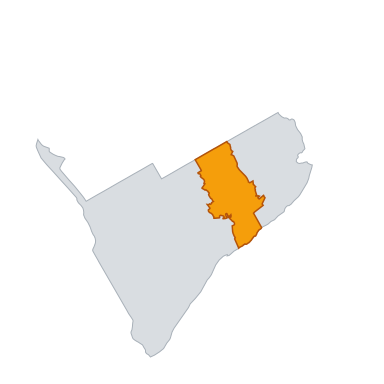 Hardap highlighted on a map of Namibia, rotated 240°
{"feature_id": "NAM-3339", "entity_name": "Hardap", "entity_type": "Region", "adm_level": 1, "iso_a3": "NAM", "parent_name": "Namibia", "parent_adm1": "", "projection": "robinson", "projection_center": [17.113, -24.521], "detail": "fine", "context": "in_parent", "style": "filled", "palette": "amber", "viewbox_px": 384, "rotation_deg": 240, "n_neighbors": 0, "source": "natural_earth", "source_scale": "10m", "svg_char_len": 7127}
<svg xmlns="http://www.w3.org/2000/svg" viewBox="0 0 384 384"><g transform="rotate(240 192 192)"><path d="M280.5,81.6L284.4,80.7L288.1,79.9L292.4,79.1L295.9,78.5L296.7,78.3L305.0,79.1L308.6,79.6L309.9,80.1L311.5,81.5L314.5,84.8L313.7,84.7L308.2,85.4L306.0,86.3L301.3,90.2L300.3,89.7L299.1,88.9L298.2,88.6L296.1,89.6L294.0,90.7L291.7,92.3L289.8,93.8L289.2,94.7L286.2,97.9L285.2,98.4L284.3,98.6L284.0,98.5L283.6,97.1L281.9,93.9L279.0,89.6L278.1,89.2L277.6,89.1L275.4,89.3L269.1,90.5L263.8,91.5L255.7,93.2L247.0,94.6L241.6,95.4L236.9,95.7L236.9,99.9L236.9,108.4L236.8,116.8L236.8,125.3L236.8,133.8L236.7,142.3L236.7,150.8L236.6,159.2L236.6,167.7L236.6,171.4L236.4,172.2L233.7,172.2L227.7,172.2L222.7,172.2L218.6,172.2L218.5,177.2L218.5,183.2L218.5,189.1L218.5,195.1L218.5,201.1L218.4,207.0L218.4,213.0L218.4,218.9L218.4,224.9L218.3,229.4L218.3,229.9L218.3,238.6L218.2,247.9L218.2,257.1L218.1,266.3L218.1,275.6L218.0,284.8L217.9,294.1L217.9,303.3L217.8,306.3L216.0,306.2L212.4,307.3L210.0,308.8L209.0,310.6L207.7,311.7L206.0,312.1L205.3,313.0L205.5,314.5L204.8,315.6L203.3,316.4L200.9,316.2L197.6,314.9L193.4,314.6L188.3,315.3L184.6,315.0L182.4,313.7L180.0,313.0L177.5,312.8L176.0,312.3L173.0,311.4L172.5,309.8L172.1,308.6L171.3,307.3L171.2,306.3L171.8,305.5L171.9,304.2L171.5,302.5L170.6,301.6L169.5,301.7L168.7,301.0L168.4,299.6L167.8,298.6L166.1,297.5L163.9,298.3L162.9,299.5L162.3,301.4L161.7,302.4L161.5,304.0L161.3,305.1L160.8,306.3L160.2,306.8L159.6,306.5L158.5,307.0L156.0,308.8L155.3,309.7L153.3,308.0L147.5,301.7L145.5,300.0L142.4,296.2L135.7,284.1L134.7,281.8L133.4,276.0L131.9,271.7L131.7,269.2L132.4,267.8L132.0,265.9L131.2,264.2L128.9,261.9L128.2,254.4L126.7,249.6L127.0,245.6L126.2,242.0L126.2,239.7L126.5,235.2L125.2,230.1L122.7,225.1L120.4,217.9L120.1,214.8L120.3,206.3L119.8,202.9L119.8,198.8L118.9,194.6L118.5,192.3L119.1,190.5L119.5,191.1L120.2,191.3L120.6,188.9L120.7,186.8L119.5,181.5L117.0,176.1L110.7,167.4L109.1,164.0L108.2,161.2L101.2,149.7L98.1,141.5L96.0,134.5L93.7,131.2L83.0,108.3L80.7,104.7L76.4,100.3L75.4,98.9L73.8,94.7L70.6,89.1L69.8,83.9L69.5,78.0L69.9,73.5L72.8,73.0L74.8,71.8L76.6,71.7L78.4,72.7L80.3,72.7L81.0,72.6L84.4,72.7L86.4,71.6L88.7,70.5L90.1,69.6L91.9,68.6L94.4,67.6L95.8,67.7L97.6,68.1L99.9,68.5L101.2,69.1L102.8,71.2L105.2,73.1L107.0,74.3L109.0,75.8L109.6,76.4L110.5,76.7L111.1,76.8L114.8,76.6L118.3,76.3L121.9,76.4L128.9,76.4L135.8,76.4L142.7,76.4L149.6,76.4L156.6,76.4L163.5,76.4L170.4,76.4L177.4,76.4L180.2,76.5L185.1,76.5L190.3,76.6L190.9,76.7L191.5,77.1L192.0,77.5L193.8,80.1L196.2,82.9L198.1,84.2L200.4,85.0L202.6,85.3L204.7,85.1L208.1,85.4L212.8,86.3L217.7,86.6L222.9,86.2L226.4,86.7L228.5,88.1L230.6,89.0L232.8,89.5L235.8,89.2L239.5,88.2L242.6,88.3L244.1,89.1L245.0,89.1L250.4,88.0L254.8,87.1L261.4,85.7L266.8,84.5L274.9,82.8L280.5,81.6Z" fill="#d9dde1" stroke="#a8b0b8" stroke-width="1"/><path d="M218.4,229.4L218.4,229.6L218.4,230.8L218.4,232.0L218.4,233.1L218.3,234.3L218.3,235.5L218.3,236.6L218.3,237.8L218.3,239.0L218.3,240.1L218.3,241.3L218.3,242.5L218.3,243.6L218.3,244.8L218.3,246.0L218.3,247.1L218.3,247.4L217.4,247.5L217.2,247.3L216.8,247.3L216.6,247.4L214.6,248.4L214.2,248.6L213.2,248.2L211.5,247.8L211.2,247.7L210.5,247.2L210.1,247.1L209.1,246.9L208.3,246.9L207.8,247.0L207.6,247.1L207.1,247.5L206.9,247.6L206.7,247.6L206.6,247.4L205.0,244.9L204.9,244.8L204.7,244.6L204.4,244.9L204.0,245.3L202.4,246.2L202.1,246.2L194.4,245.5L193.0,244.8L192.6,244.4L191.4,243.8L187.4,244.1L178.8,246.3L176.4,246.5L173.0,246.2L172.8,246.1L172.6,246.0L172.5,245.9L172.3,246.0L172.0,246.2L171.5,246.4L171.1,246.7L171.1,250.3L168.1,249.0L167.8,248.9L166.9,249.3L166.4,249.3L165.0,249.7L164.7,249.8L164.6,249.6L164.5,249.4L164.5,249.1L164.4,248.9L164.3,248.7L163.8,248.4L163.0,248.1L162.2,248.0L161.8,247.6L161.4,247.5L161.3,247.4L158.2,246.7L157.9,246.7L157.6,246.7L157.3,246.4L156.9,245.6L156.8,245.4L156.6,245.3L156.4,245.7L155.7,247.3L155.4,247.7L154.7,248.3L154.4,247.3L154.4,247.1L154.5,246.9L154.5,246.7L154.4,246.6L154.3,246.4L154.1,246.3L153.9,246.2L153.6,246.2L152.7,246.5L152.4,246.7L152.4,246.9L152.4,247.1L153.4,252.3L153.2,252.4L152.2,252.1L151.7,252.1L151.4,252.2L151.1,252.3L150.9,252.4L150.7,252.4L150.4,252.2L146.8,247.0L146.6,246.8L146.4,246.7L146.2,246.7L145.3,246.9L145.1,247.0L144.9,247.0L144.9,246.8L144.8,246.6L143.4,236.3L142.9,234.7L126.4,234.5L125.9,233.7L125.7,232.9L125.7,231.2L125.4,230.4L124.4,228.4L124.0,227.7L123.1,226.8L122.8,226.2L122.2,225.4L122.1,224.9L122.2,224.7L122.4,224.4L122.5,224.3L122.5,223.4L122.4,223.0L122.0,222.2L121.6,221.2L120.6,219.2L120.2,217.7L119.9,217.1L119.8,216.1L119.6,215.8L119.7,215.4L119.7,214.7L119.6,214.0L119.5,213.5L119.6,213.2L119.7,212.7L119.9,212.4L120.0,212.3L120.3,212.2L120.6,211.5L120.4,211.3L120.5,210.1L120.1,209.1L120.1,208.7L120.3,205.7L120.2,205.0L120.0,204.4L130.1,205.5L130.6,206.2L130.7,206.4L130.8,206.4L130.8,206.5L131.0,206.5L131.6,206.6L132.9,206.5L134.7,206.8L135.1,206.8L135.3,206.8L137.4,207.4L142.6,209.9L142.4,211.5L142.5,212.0L142.7,212.6L143.8,213.2L144.3,213.2L145.6,213.2L145.8,213.1L146.0,212.8L146.1,212.6L146.2,212.4L146.4,212.3L147.3,212.3L149.6,211.5L150.3,211.6L150.5,211.6L151.7,210.8L151.9,210.8L151.8,211.0L151.6,211.3L151.6,211.6L151.5,211.9L151.6,212.3L151.4,212.5L151.0,212.6L150.8,212.7L150.8,212.9L150.9,213.2L151.9,214.0L152.9,214.3L152.7,213.8L152.4,212.5L152.6,211.9L153.3,211.2L153.6,211.1L154.2,211.3L155.8,211.4L156.0,211.3L156.1,211.2L156.2,210.9L156.2,210.6L156.1,210.2L155.9,210.0L155.7,209.9L154.4,209.5L154.2,209.5L153.9,209.6L153.7,209.7L152.2,209.3L152.0,209.2L152.1,208.8L152.3,207.7L153.2,205.8L153.3,205.6L153.7,205.7L153.8,205.9L153.9,206.0L153.9,207.1L154.0,207.2L154.1,207.3L155.3,207.3L155.5,207.2L157.5,205.2L157.6,204.8L157.4,204.1L157.4,203.9L156.0,203.1L155.9,203.0L155.9,202.8L156.0,202.6L158.0,198.3L158.3,197.9L158.5,197.8L158.9,198.1L159.3,198.4L159.6,198.5L160.0,198.5L160.4,198.4L161.1,198.4L161.8,198.6L163.3,198.2L164.2,197.8L165.3,197.0L166.5,196.7L167.2,196.7L168.0,197.0L168.3,197.2L168.5,197.5L168.5,198.0L168.6,198.9L168.9,199.4L169.5,199.5L171.1,199.2L172.3,199.2L173.3,198.9L173.6,198.9L173.0,199.6L172.9,199.8L172.8,200.1L172.9,201.2L172.9,201.4L172.8,201.5L172.2,201.7L172.1,201.8L172.1,202.0L172.3,203.2L172.4,203.3L172.5,203.4L172.8,203.5L173.0,203.6L173.0,203.8L173.1,205.7L173.3,205.6L176.3,205.6L176.6,205.5L176.7,205.3L176.8,205.2L177.1,205.0L180.5,204.9L181.4,205.2L181.6,205.2L181.7,205.4L182.3,206.3L182.5,206.4L183.4,206.1L183.5,206.0L184.0,206.2L184.3,206.2L184.6,206.1L186.0,205.5L186.7,205.2L187.0,205.1L187.0,204.9L187.0,204.5L187.1,204.3L187.2,204.2L188.8,203.4L190.0,202.6L190.4,202.6L190.9,203.4L190.9,203.7L192.6,207.2L192.7,207.3L192.8,207.2L193.1,206.9L193.2,206.7L193.4,206.6L193.6,206.8L193.8,207.0L194.7,208.0L195.0,208.1L195.3,208.3L196.8,208.5L197.0,208.5L200.4,207.1L200.5,207.1L201.5,207.1L201.6,207.3L201.6,207.5L201.6,207.8L201.9,207.9L203.6,207.9L203.8,207.8L204.6,206.7L204.8,206.6L205.1,206.6L205.5,206.7L205.7,206.8L205.7,207.0L205.8,210.7L207.0,210.9L218.4,210.9L218.4,211.5L218.4,215.1L218.4,218.7L218.4,222.2L218.4,225.8L218.4,229.4Z" fill="#f59e0b" stroke="#b45309" stroke-width="1.5"/></g></svg>